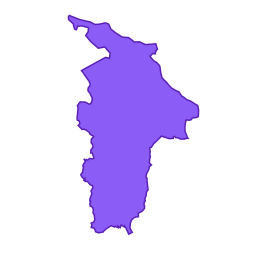 San Juan, Puerto Rico, rotated 5°
{"feature_id": "32010507B17072559885930", "entity_name": "San Juan", "entity_type": "district", "adm_level": 2, "iso_a3": "PRI", "parent_name": "Puerto Rico", "parent_adm1": "", "projection": "natural_earth1", "projection_center": [-66.066, 18.384], "detail": "fine", "context": "isolated", "style": "filled", "palette": "violet", "viewbox_px": 256, "rotation_deg": 5, "n_neighbors": 0, "source": "geoboundaries", "source_scale": "gbopen_adm2", "svg_char_len": 3561}
<svg xmlns="http://www.w3.org/2000/svg" viewBox="0 0 256 256"><g transform="rotate(5 128 128)"><path d="M150.4,47.0L148.3,41.7L146.6,42.0L143.2,42.6L142.9,42.6L138.2,43.4L134.5,42.1L132.1,41.2L131.0,41.3L130.9,41.3L129.0,41.5L126.9,41.7L126.4,41.5L126.3,41.4L123.4,39.5L123.1,39.4L121.8,38.5L120.7,37.9L116.8,37.9L115.0,37.9L114.3,37.9L107.9,34.6L104.8,32.6L102.8,31.3L102.3,31.0L99.8,26.3L99.0,26.0L96.3,25.2L92.6,26.4L91.4,26.8L90.0,27.1L86.5,27.7L86.2,27.8L81.2,25.7L77.6,25.2L74.9,24.8L71.7,24.4L71.2,24.3L70.6,24.2L69.0,23.8L67.7,23.4L65.7,22.8L65.5,22.7L62.0,21.7L59.7,21.0L58.9,22.6L59.4,25.2L61.4,26.7L63.6,28.4L64.4,28.9L64.9,30.7L65.1,31.1L65.1,31.3L65.3,31.8L65.4,32.1L66.4,34.3L68.1,34.6L68.8,31.1L73.1,30.3L73.3,30.3L80.0,31.6L80.0,31.8L79.9,33.9L79.9,35.6L77.8,39.6L81.3,43.1L83.4,45.2L84.5,46.0L89.8,49.9L91.4,51.1L97.8,49.3L98.5,50.0L102.5,53.9L103.6,54.9L103.6,55.5L103.5,57.6L103.5,58.0L103.4,59.4L103.4,59.5L103.3,60.2L102.9,60.1L102.6,60.1L102.4,60.0L101.0,59.8L99.5,59.6L83.4,70.3L77.3,74.4L77.1,74.5L76.6,74.9L76.8,75.2L77.5,75.6L80.2,79.0L85.2,84.9L86.0,86.5L86.8,88.4L84.9,91.4L84.8,93.8L85.4,95.1L86.7,96.2L89.8,101.4L89.6,104.8L88.5,107.3L87.0,107.6L86.1,107.2L84.0,106.2L82.1,105.9L79.5,106.2L78.4,106.1L78.0,106.2L75.8,109.9L75.7,110.0L76.5,112.5L76.4,122.9L76.9,124.7L78.5,124.9L79.7,127.9L78.1,129.8L82.3,133.4L83.7,133.2L84.6,133.1L86.7,133.9L89.6,135.6L90.2,136.6L90.7,137.4L92.5,138.4L93.9,138.8L94.6,139.4L92.4,142.5L92.6,146.0L93.6,146.7L94.1,147.7L95.0,149.9L95.0,150.0L93.0,152.9L93.1,156.1L94.4,155.9L95.5,158.1L95.6,158.3L96.7,161.0L95.3,162.0L92.5,161.6L90.4,163.6L89.3,163.0L88.3,163.9L86.7,162.5L88.4,165.1L86.4,168.7L86.5,170.1L87.0,170.3L86.6,176.0L85.0,178.7L86.8,181.3L88.9,182.2L88.4,184.5L89.6,182.6L89.9,184.9L92.3,184.8L95.2,187.8L97.5,188.5L98.3,190.4L96.6,194.0L97.7,196.3L96.3,201.9L96.2,203.9L97.4,204.9L96.5,206.6L97.2,209.2L98.4,209.2L100.1,210.9L100.7,213.4L100.5,215.5L102.2,218.2L102.9,222.6L102.0,224.7L99.6,226.0L100.5,227.7L100.0,230.3L103.1,230.7L104.8,234.2L108.2,235.0L112.6,233.6L112.8,232.7L116.2,229.4L119.7,226.8L123.2,227.8L123.6,227.1L126.8,228.1L126.4,226.6L128.8,228.0L129.7,225.3L133.3,227.0L133.2,226.2L134.4,227.3L138.0,233.7L141.3,231.6L138.6,227.5L138.7,222.4L139.6,219.4L141.8,216.8L144.1,215.8L145.2,215.8L146.1,215.4L145.7,212.0L149.3,209.7L151.5,206.6L151.2,203.8L150.5,202.7L150.8,200.1L151.6,199.2L151.0,196.7L151.9,194.1L152.0,191.5L152.0,189.9L153.4,187.8L152.1,181.7L151.4,178.4L151.4,176.6L150.1,175.1L150.5,171.9L152.5,167.0L152.5,164.9L154.6,162.7L152.4,161.0L152.3,159.0L152.2,158.9L152.4,156.3L152.8,154.7L152.0,152.3L152.2,149.4L151.4,147.1L151.6,145.6L152.3,145.5L152.8,145.3L155.1,141.2L156.9,139.3L158.0,138.0L159.1,136.7L162.0,133.2L170.2,135.0L174.0,134.4L173.8,133.1L174.5,132.5L175.3,132.3L176.2,133.4L178.5,133.4L181.1,134.4L184.7,134.2L185.4,134.0L185.4,133.7L188.7,132.9L188.0,132.3L186.1,128.2L185.3,127.0L184.6,122.8L184.7,118.2L185.2,114.9L188.3,114.9L190.3,114.2L191.2,112.4L193.3,112.0L195.6,111.4L197.1,110.4L197.1,110.2L197.0,109.2L196.9,106.6L196.8,104.1L196.3,102.4L196.1,101.7L195.6,99.8L194.8,99.2L192.9,98.4L191.9,97.8L188.3,95.9L187.3,95.5L184.4,94.8L182.8,93.8L180.6,92.3L180.0,92.1L179.0,91.7L175.3,87.4L173.0,86.8L170.6,85.7L167.5,84.2L166.6,83.3L164.6,81.5L163.6,80.3L162.4,79.2L157.6,75.2L157.4,74.5L156.2,71.3L155.7,69.9L155.1,66.9L154.3,63.6L153.7,62.8L151.1,60.5L147.6,58.6L144.8,55.9L143.7,54.5L146.3,51.6L148.6,51.8L148.6,51.0L149.1,49.1L149.5,48.5L149.3,48.2L150.4,47.0Z" fill="#8b5cf6" stroke="#5b21b6" stroke-width="1.5"/></g></svg>